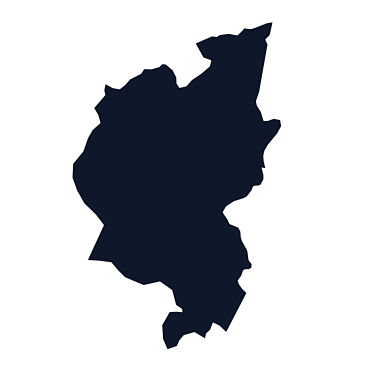 SVG path tracing the border of Smolyan, rotated 257°
{"feature_id": "BGR-2236", "entity_name": "Smolyan", "entity_type": "Province", "adm_level": 1, "iso_a3": "BGR", "parent_name": "Bulgaria", "parent_adm1": "", "projection": "mercator", "projection_center": [24.659, 41.628], "detail": "fine", "context": "isolated", "style": "filled", "palette": "ink", "viewbox_px": 384, "rotation_deg": 257, "n_neighbors": 0, "source": "natural_earth", "source_scale": "10m", "svg_char_len": 1758}
<svg xmlns="http://www.w3.org/2000/svg" viewBox="0 0 384 384"><g transform="rotate(257 192 192)"><path d="M107.9,233.0L105.4,232.1L104.9,230.1L105.5,227.1L105.3,224.0L100.0,220.6L95.7,215.7L91.0,216.3L85.9,218.4L81.4,221.3L81.3,221.2L49.2,193.9L56.1,189.4L61.4,182.9L54.2,178.0L51.7,173.4L47.8,171.5L55.8,163.2L55.1,151.4L51.1,146.0L46.1,142.1L45.2,133.4L55.1,131.6L68.5,133.7L79.2,143.5L78.0,150.1L75.9,156.4L80.7,156.8L85.9,151.9L101.2,151.4L112.9,141.0L113.0,124.2L124.5,108.3L132.3,103.3L142.3,98.2L146.6,86.6L149.6,76.6L179.5,99.7L192.4,93.8L205.5,85.3L219.4,81.2L232.7,79.6L245.7,83.2L255.5,95.9L267.5,103.5L274.1,109.6L279.3,119.2L288.2,118.8L295.5,116.5L305.5,130.2L310.6,130.2L315.2,132.3L310.5,137.5L307.4,144.6L310.3,150.9L314.9,157.4L317.9,169.5L321.6,173.3L319.8,180.3L320.3,188.6L322.4,192.0L321.4,194.7L314.6,199.8L307.2,201.6L301.1,200.5L295.4,202.6L295.4,210.6L300.3,217.3L304.5,228.2L309.8,238.3L316.2,241.5L321.0,234.1L335.3,230.0L338.3,246.5L336.6,251.1L337.9,254.5L337.0,263.4L333.4,271.4L335.8,275.7L338.8,280.1L337.4,283.3L336.5,286.7L338.8,303.6L338.5,307.4L328.5,302.7L327.4,301.5L325.3,297.9L324.5,297.0L323.2,297.0L318.7,297.9L274.8,279.2L266.6,274.1L263.0,273.7L260.3,274.2L254.7,276.2L244.3,277.0L243.4,281.7L244.1,288.0L241.8,293.2L236.5,292.9L230.6,287.7L221.5,275.9L216.3,271.1L211.4,268.8L206.1,268.0L199.9,268.0L201.5,264.4L192.2,264.6L188.5,263.6L184.3,259.8L184.2,258.5L184.8,254.5L184.5,252.7L183.5,251.5L180.9,249.9L180.0,248.8L178.5,246.8L177.1,245.4L176.0,243.7L175.2,240.7L174.4,230.8L171.0,221.4L165.4,216.3L157.7,219.3L151.8,220.7L146.3,228.5L142.3,229.4L136.6,228.5L132.5,228.9L123.4,231.6L121.0,231.8L113.9,231.0L111.5,231.3L109.8,232.4L107.9,233.0Z" fill="#0f172a" stroke="#020617" stroke-width="1.5"/></g></svg>